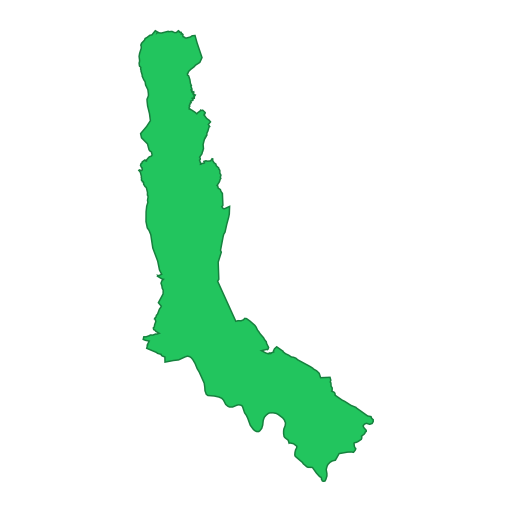 outline of San Lucas, Michoacán, Mexico
{"feature_id": "50627088B69518747505267", "entity_name": "San Lucas", "entity_type": "district", "adm_level": 2, "iso_a3": "MEX", "parent_name": "Mexico", "parent_adm1": "Michoacán", "projection": "mercator", "projection_center": [-100.756, 18.588], "detail": "fine", "context": "isolated", "style": "filled", "palette": "green", "viewbox_px": 512, "rotation_deg": 0, "n_neighbors": 0, "source": "geoboundaries", "source_scale": "gbopen_adm2", "svg_char_len": 6022}
<svg xmlns="http://www.w3.org/2000/svg" viewBox="0 0 512 512"><path d="M195.0,35.5L192.1,35.8L190.4,37.0L186.0,38.1L185.0,37.8L184.6,37.2L183.2,36.8L182.8,35.9L183.0,34.6L182.4,33.9L181.3,33.9L181.5,33.2L181.1,32.3L179.4,32.3L179.4,31.5L178.4,30.7L176.3,32.6L174.5,32.6L172.0,31.4L168.7,31.7L168.2,31.3L161.2,33.1L158.8,32.8L158.0,32.2L157.2,32.8L157.5,32.0L155.3,30.7L151.9,34.9L149.8,35.3L147.1,37.4L145.1,38.5L144.6,40.0L141.4,43.4L141.3,44.4L140.8,45.0L141.3,46.8L141.2,48.4L139.6,53.4L139.1,56.4L139.6,60.5L139.4,62.4L139.1,62.9L139.4,65.6L139.6,66.3L140.2,66.6L140.8,67.5L140.6,69.0L141.1,70.5L141.0,71.1L142.2,75.0L142.2,76.2L143.8,79.8L145.1,81.7L145.6,85.0L147.9,89.7L148.4,93.8L148.4,95.9L147.0,99.3L147.1,101.3L147.6,105.9L149.5,113.7L150.4,120.7L146.6,126.5L140.6,133.6L141.5,137.8L147.5,143.9L149.0,149.7L149.8,150.9L151.4,151.9L152.1,154.9L151.4,156.1L149.4,156.8L148.6,157.5L146.6,159.9L146.5,161.0L146.0,161.1L145.3,160.1L144.8,160.0L142.2,161.9L142.0,163.0L141.1,163.5L140.5,165.4L141.7,167.8L142.1,167.9L142.3,169.7L141.7,170.6L139.4,169.9L138.8,170.4L140.0,171.7L140.5,172.8L141.4,176.3L141.3,177.8L141.6,178.5L141.4,180.0L142.4,181.3L142.5,182.4L142.8,181.5L143.6,182.5L143.6,184.2L145.1,186.6L146.3,187.5L147.5,192.4L147.4,195.1L147.8,195.4L148.1,197.0L147.5,200.3L147.9,202.3L146.7,206.2L146.1,211.7L146.0,221.6L147.3,227.9L149.1,230.5L150.8,234.7L152.8,248.0L157.7,261.1L159.5,270.0L161.7,274.3L158.9,275.6L157.7,275.4L158.0,275.9L157.6,276.3L162.3,279.1L163.4,279.3L161.9,280.8L161.0,283.2L161.9,285.9L162.2,288.2L163.2,290.1L163.1,293.9L158.4,302.7L161.3,306.2L160.7,307.4L159.4,309.2L157.5,314.2L156.4,315.3L156.0,317.1L155.2,317.7L154.5,318.9L155.2,319.3L155.8,321.6L154.7,324.5L154.2,327.1L153.3,327.9L153.7,329.6L155.0,330.2L155.8,331.3L159.2,333.3L156.8,334.1L155.6,334.0L152.9,335.1L150.4,335.0L149.0,335.8L146.1,336.8L143.8,336.8L143.2,339.4L145.4,340.3L149.2,341.1L147.4,344.7L147.7,344.7L146.7,348.3L156.6,352.5L157.4,353.3L161.2,354.4L161.4,355.3L162.1,355.9L164.9,357.0L165.0,362.1L173.4,360.5L178.6,359.9L185.1,356.9L187.5,356.1L189.7,356.7L191.1,357.6L192.7,359.4L195.1,363.5L197.2,368.7L199.2,372.0L204.2,383.1L204.8,387.3L205.0,390.7L206.3,394.3L207.9,395.5L214.2,396.0L218.8,397.0L221.8,398.3L223.5,400.1L225.7,404.4L227.8,406.2L229.5,407.0L232.6,407.0L236.9,405.2L238.6,404.8L240.6,405.1L241.8,405.6L242.6,406.8L244.6,412.8L246.4,415.4L247.7,418.1L250.3,425.3L253.5,429.6L255.2,430.9L256.8,431.6L258.7,431.6L259.8,430.8L261.7,428.4L262.7,425.1L263.2,420.5L264.0,418.1L264.6,416.9L266.3,415.0L268.5,413.3L269.8,412.9L273.0,412.8L276.2,413.4L278.1,414.4L282.6,417.8L284.2,419.7L285.5,422.9L285.2,425.6L283.9,428.9L283.6,431.0L283.6,433.7L284.1,436.6L285.1,437.8L288.2,440.2L289.1,443.2L289.7,442.9L293.5,443.7L296.8,446.2L296.7,447.8L295.6,449.8L295.0,452.4L294.8,455.0L295.3,456.4L302.5,462.5L303.2,463.7L306.8,466.8L308.0,467.3L312.1,467.4L312.6,467.7L316.5,473.2L319.6,476.6L321.0,477.3L321.5,478.3L321.4,479.1L322.4,481.0L323.7,481.3L325.0,481.0L325.8,479.5L326.9,476.0L326.9,473.6L326.2,469.5L327.0,466.4L327.9,464.5L330.0,462.3L332.4,460.9L335.4,460.2L339.1,453.6L347.7,452.1L351.5,452.0L353.5,452.3L355.1,450.3L355.6,449.3L355.7,448.4L354.9,447.8L354.3,446.1L354.0,443.4L354.3,442.8L356.5,442.3L358.3,441.4L361.3,439.3L361.7,438.3L361.8,436.9L361.5,436.2L364.1,434.2L364.9,433.2L365.2,432.1L366.2,431.5L366.2,430.3L363.9,427.7L363.2,426.3L363.2,425.6L364.5,424.1L366.4,423.3L369.7,424.3L372.1,423.5L373.2,421.6L373.2,419.7L371.7,418.4L371.0,416.6L367.7,416.0L356.3,407.9L356.0,407.4L351.0,405.4L344.6,401.3L342.1,400.1L335.1,395.2L335.1,394.1L334.7,392.9L334.0,392.2L331.7,391.1L332.1,390.4L332.2,388.4L332.1,387.7L331.1,386.3L330.9,382.9L330.2,382.0L330.8,380.2L330.0,377.3L320.6,377.7L319.2,373.3L316.6,370.8L313.3,368.9L312.9,368.3L310.6,366.8L297.7,359.8L295.9,358.2L293.6,357.3L291.4,357.0L288.7,355.2L285.5,353.7L283.1,351.8L283.1,351.3L276.7,346.8L274.5,348.8L273.4,351.1L273.7,352.0L270.7,353.1L270.9,353.5L270.7,353.6L270.3,353.6L269.8,352.9L268.8,353.3L268.9,353.7L268.4,353.8L265.8,353.0L261.5,350.7L266.5,349.4L267.3,349.7L268.1,349.0L268.6,347.5L266.6,343.5L266.3,341.8L264.4,339.4L263.6,337.8L259.8,333.4L259.0,332.0L257.5,330.1L256.1,327.1L254.8,325.3L250.0,321.1L246.5,318.6L244.7,318.4L243.5,319.8L241.0,320.8L238.0,320.7L235.8,321.3L217.6,281.2L218.8,279.3L218.2,262.1L221.3,252.2L220.5,250.3L223.2,236.2L223.8,234.1L225.0,232.2L226.8,224.1L228.7,217.1L229.3,214.0L229.6,206.4L224.6,208.7L223.7,208.7L222.7,208.1L221.8,206.5L222.6,205.9L222.9,205.3L222.4,193.4L220.9,191.3L220.4,189.6L218.2,188.1L217.7,185.9L217.0,185.5L219.1,182.3L219.8,180.8L220.0,179.5L220.8,178.5L220.3,177.1L220.9,175.4L220.7,174.5L219.9,173.4L219.8,170.3L218.9,169.1L218.7,168.0L216.2,165.7L215.9,164.1L214.2,162.9L212.9,161.0L212.6,159.8L212.8,159.0L212.1,158.7L210.6,160.9L207.5,161.2L205.9,160.8L203.9,161.4L204.4,162.9L203.4,163.4L201.8,163.4L201.1,164.2L200.5,164.3L200.7,163.6L199.5,160.1L200.3,159.2L200.2,158.2L199.6,157.2L201.9,153.9L202.5,151.5L203.0,150.8L203.0,149.7L203.5,148.9L203.1,144.5L204.2,140.1L204.6,138.9L205.1,138.5L205.2,137.4L206.1,136.8L206.1,135.9L206.8,135.4L206.9,133.0L207.9,131.0L209.0,127.0L209.7,126.6L208.3,124.4L210.5,121.9L209.2,120.3L206.7,118.5L204.1,115.1L204.5,114.9L204.3,114.0L205.0,113.6L205.2,112.6L202.7,110.2L201.2,110.5L200.7,110.1L200.1,111.0L197.9,112.6L196.8,113.8L195.2,112.4L191.9,110.2L190.5,109.5L190.1,109.0L189.3,109.1L189.1,107.2L189.8,106.2L189.3,105.3L190.0,104.4L190.1,103.2L191.2,102.7L190.7,101.2L192.7,100.4L193.0,100.0L192.8,99.6L192.9,99.3L192.2,98.3L192.5,98.2L193.0,98.6L193.9,98.4L193.6,98.0L194.3,97.8L194.3,97.3L193.9,96.1L194.6,96.1L195.3,95.0L193.1,94.1L193.0,93.4L193.8,92.9L193.7,92.1L193.1,92.6L191.7,91.9L191.7,91.5L192.4,91.2L191.0,89.9L191.4,89.4L191.9,89.5L192.0,89.1L190.8,86.1L191.4,85.7L190.4,83.3L189.9,79.7L188.6,75.8L187.5,75.2L187.5,73.5L187.9,73.3L188.6,71.5L190.6,69.5L194.1,66.8L195.5,65.2L199.8,62.4L202.0,57.6L197.0,42.7L195.0,35.5Z" fill="#22c55e" stroke="#15803d" stroke-width="1.5"/></svg>